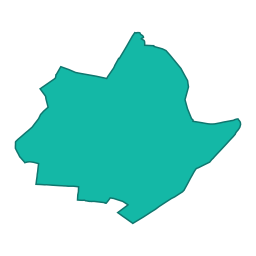 outline of Viļaka, Vilakas, Latvia
{"feature_id": "27541924B91714701544893", "entity_name": "Viļaka", "entity_type": "district", "adm_level": 2, "iso_a3": "LVA", "parent_name": "Latvia", "parent_adm1": "Vilakas", "projection": "natural_earth1", "projection_center": [27.684, 57.187], "detail": "fine", "context": "isolated", "style": "filled", "palette": "teal", "viewbox_px": 256, "rotation_deg": 0, "n_neighbors": 0, "source": "geoboundaries", "source_scale": "gbopen_adm2", "svg_char_len": 3277}
<svg xmlns="http://www.w3.org/2000/svg" viewBox="0 0 256 256"><path d="M182.6,191.7L183.0,191.3L183.2,191.0L183.5,190.8L183.7,190.5L184.0,190.3L184.8,188.8L187.8,183.3L190.7,177.8L192.2,175.2L193.6,172.6L194.7,170.8L195.8,169.1L196.0,168.9L196.8,168.3L198.2,167.8L202.0,165.9L204.2,164.8L207.9,163.0L209.7,162.1L211.7,159.6L213.2,158.2L214.3,156.9L216.6,154.4L218.3,152.6L222.8,147.8L226.8,143.5L229.7,140.3L233.3,136.5L234.4,135.2L235.1,134.4L235.5,133.5L235.9,132.6L237.0,131.2L238.3,129.7L239.6,127.6L239.8,127.3L240.0,126.6L240.6,124.4L240.4,122.9L240.3,122.2L239.2,120.5L238.5,119.8L238.0,118.9L237.4,119.0L236.6,119.1L235.9,119.3L235.2,119.5L234.9,119.6L234.2,119.9L233.9,120.1L233.6,120.2L233.4,120.3L233.1,120.4L232.2,120.5L231.2,120.7L229.6,121.0L223.4,122.1L220.5,122.8L215.2,123.8L214.7,123.9L213.0,124.0L211.0,124.0L210.5,124.0L210.0,124.0L209.2,123.9L208.8,123.9L208.7,123.9L206.1,123.5L201.7,122.7L198.6,122.2L193.0,121.3L193.0,121.0L193.1,120.8L193.0,120.0L191.5,118.6L187.5,108.8L185.0,99.7L188.5,86.9L188.0,83.8L187.6,80.7L184.2,74.5L180.9,68.4L170.7,56.0L169.6,54.7L166.0,50.6L162.5,48.9L159.4,48.0L154.0,46.5L153.8,45.7L153.4,45.7L145.0,45.3L144.7,45.3L144.7,43.8L144.7,43.2L144.6,42.1L144.5,41.3L144.3,40.9L143.9,40.4L143.3,40.0L142.6,39.6L141.8,39.1L141.5,38.9L141.3,38.8L141.4,38.6L141.6,38.4L142.1,38.0L142.8,37.8L143.2,37.6L143.4,37.5L143.5,37.4L143.5,37.2L143.3,36.6L142.9,36.0L142.4,35.5L141.1,34.7L140.5,34.1L140.3,33.8L140.1,33.2L139.8,32.8L139.4,32.7L138.5,32.6L137.4,32.6L136.8,32.7L136.3,32.8L136.1,32.8L136.0,33.0L134.8,32.6L132.4,36.1L126.9,45.8L123.9,50.9L121.0,55.7L119.3,58.6L119.0,58.5L118.7,58.4L116.8,61.8L114.9,65.2L114.3,66.7L113.6,68.1L107.9,76.4L106.7,78.5L96.1,76.2L78.6,73.1L78.2,73.0L75.6,72.5L68.9,69.6L60.8,66.7L56.4,74.4L56.0,74.6L55.6,77.3L55.4,77.9L54.7,78.7L40.1,88.8L45.6,96.3L45.9,98.2L45.9,98.6L47.3,104.1L48.1,107.3L47.7,107.6L43.7,111.1L40.6,114.5L38.6,118.7L36.0,122.1L35.2,123.1L32.2,127.1L27.9,130.9L25.8,132.6L21.8,136.1L17.8,139.5L16.9,140.4L16.0,141.3L15.9,141.4L15.7,141.6L15.6,141.8L15.5,142.1L15.5,142.4L15.5,144.3L15.4,146.2L15.4,147.2L15.4,148.3L16.5,150.5L17.6,152.7L17.7,152.8L17.8,152.9L18.8,154.9L19.8,156.9L20.5,157.6L21.2,158.4L24.4,162.0L24.8,162.7L26.5,162.2L27.5,162.0L28.3,161.9L29.3,161.8L30.1,161.8L32.4,162.1L33.6,162.3L38.6,163.6L38.0,168.4L37.8,170.6L37.4,173.5L37.3,173.8L37.1,176.0L36.9,177.7L36.6,179.6L36.3,182.1L36.0,184.3L40.5,184.5L44.9,184.8L45.5,184.8L46.1,184.7L52.5,185.2L58.8,185.6L60.9,185.7L62.9,185.8L63.9,185.9L65.0,185.9L68.4,186.2L73.5,186.2L78.6,186.8L78.4,191.8L77.8,194.8L77.5,200.0L80.0,200.2L82.2,200.3L84.6,200.2L85.4,200.7L86.9,200.9L87.8,201.1L88.5,201.2L89.0,201.3L89.6,201.4L90.0,201.4L90.8,201.4L91.7,201.5L92.2,201.4L92.6,201.4L92.8,201.4L93.1,201.4L94.2,201.4L98.5,201.9L102.8,202.4L104.9,202.7L104.9,203.0L105.5,203.2L106.2,203.2L108.2,200.7L110.1,198.1L110.2,197.9L110.9,198.0L111.5,198.1L112.5,198.3L113.5,198.4L118.1,199.9L122.8,201.4L125.4,203.1L128.0,204.8L127.9,205.0L117.7,212.6L123.1,216.5L126.6,218.9L126.8,219.1L132.6,223.2L132.8,223.4L134.6,222.3L143.4,217.0L151.4,211.8L155.7,209.1L157.4,207.8L159.1,206.5L165.2,202.5L171.4,198.5L173.0,197.7L174.6,196.9L178.6,194.3L182.5,191.8L182.6,191.7Z" fill="#14b8a6" stroke="#0f766e" stroke-width="1.5"/></svg>